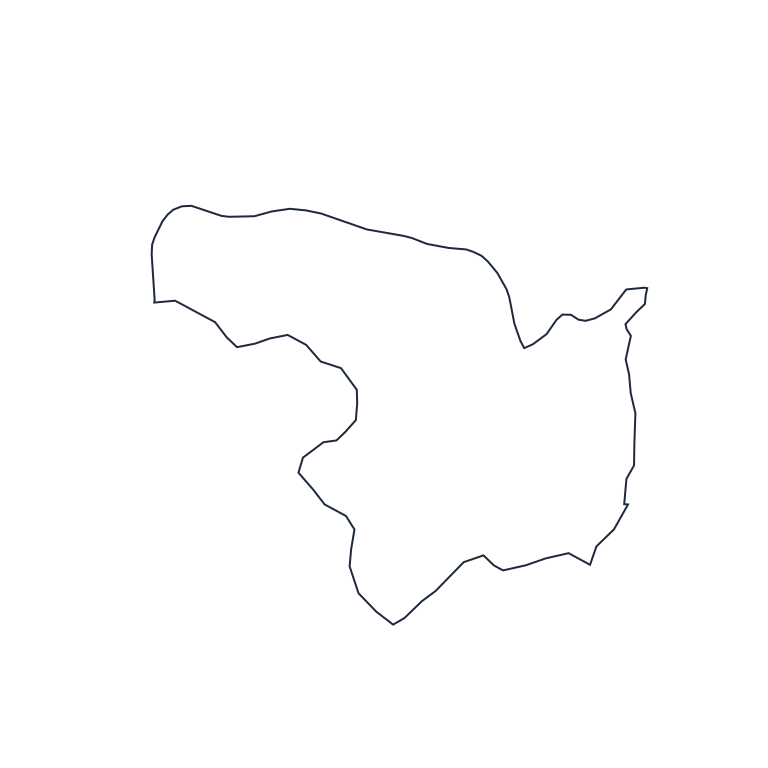 Kujang, P'yŏngan-bukto, North Korea, rotated 208°
{"feature_id": "82179303B72462969749210", "entity_name": "Kujang", "entity_type": "district", "adm_level": 2, "iso_a3": "PRK", "parent_name": "North Korea", "parent_adm1": "P'yŏngan-bukto", "projection": "albers", "projection_center": [126.087, 39.934], "detail": "fine", "context": "isolated", "style": "outline", "palette": "slate", "viewbox_px": 768, "rotation_deg": 208, "n_neighbors": 0, "source": "geoboundaries", "source_scale": "gbopen_adm2", "svg_char_len": 1402}
<svg xmlns="http://www.w3.org/2000/svg" viewBox="0 0 768 768"><g transform="rotate(208 384 384)"><path d="M263.0,175.8L256.1,186.9L248.6,210.0L241.3,225.4L230.0,264.1L215.7,279.4L201.8,275.4L191.4,275.3L173.6,290.6L159.3,306.0L141.6,321.3L117.2,321.1L120.2,340.4L112.7,363.6L112.0,392.2L115.5,390.7L125.4,414.0L125.0,429.5L135.0,449.0L148.3,476.2L161.9,491.8L172.0,507.4L182.1,519.1L185.4,530.7L188.6,542.4L195.5,546.3L198.9,550.2L195.0,565.6L191.2,577.2L194.5,585.0L196.6,592.2L199.4,591.2L214.5,581.2L218.7,556.4L228.6,541.0L235.7,534.4L242.5,532.1L251.4,532.9L259.1,529.0L261.8,521.7L263.9,504.3L271.1,489.2L277.0,481.5L283.8,486.1L297.2,498.5L314.1,519.4L320.3,525.2L336.0,535.2L350.0,541.0L358.3,543.0L367.2,542.6L374.6,541.4L390.7,534.5L407.2,529.3L411.7,527.9L428.4,525.9L436.1,524.0L471.7,512.4L519.5,505.0L534.3,500.7L549.4,494.5L564.2,483.6L577.3,471.2L599.5,458.8L606.6,456.1L637.7,450.9L646.0,445.9L651.9,438.9L654.6,431.9L656.0,423.8L655.4,406.0L654.2,398.3L650.0,389.4L626.2,350.9L625.0,348.1L607.5,359.5L586.6,359.4L562.2,359.3L544.9,351.4L531.1,347.5L516.9,359.0L506.2,370.6L492.1,382.1L471.1,382.0L450.4,374.1L429.4,377.8L405.3,366.1L398.6,354.4L391.9,338.9L395.7,323.4L399.5,311.8L410.1,304.2L421.0,281.0L417.9,265.5L397.2,257.6L379.9,249.8L355.6,249.6L341.8,241.7L335.3,222.3L328.7,206.8L308.3,187.3L284.1,179.4L263.0,175.8Z" fill="none" stroke="#1e293b" stroke-width="2"/></g></svg>